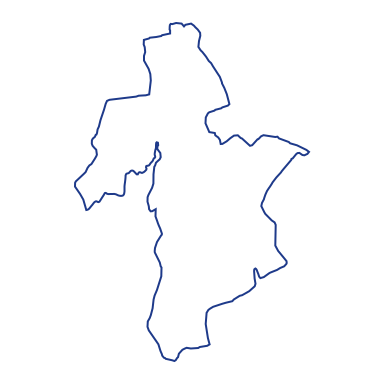 Barberena, Santa Rosa, Guatemala (Equal Earth projection)
{"feature_id": "79465075B64045433059615", "entity_name": "Barberena", "entity_type": "district", "adm_level": 2, "iso_a3": "GTM", "parent_name": "Guatemala", "parent_adm1": "Santa Rosa", "projection": "equal_earth", "projection_center": [-90.427, 14.303], "detail": "fine", "context": "isolated", "style": "outline", "palette": "blue", "viewbox_px": 384, "rotation_deg": 0, "n_neighbors": 0, "source": "geoboundaries", "source_scale": "gbopen_adm2", "svg_char_len": 4425}
<svg xmlns="http://www.w3.org/2000/svg" viewBox="0 0 384 384"><path d="M277.5,136.7L275.3,137.0L263.5,135.2L261.1,136.3L258.3,139.2L257.6,139.2L252.2,145.2L250.0,145.8L242.0,138.5L240.7,138.0L237.8,135.3L234.0,135.6L230.3,138.2L226.7,141.3L222.4,143.9L220.7,144.0L219.9,139.9L218.2,137.4L216.9,136.5L216.1,135.9L215.3,135.3L214.8,133.0L209.3,132.1L208.2,129.5L205.5,123.3L205.8,117.4L207.9,113.4L209.2,112.3L214.5,110.6L215.3,109.8L221.2,108.3L222.3,107.4L227.9,105.6L229.4,104.1L226.8,94.2L224.3,87.9L222.0,83.4L222.0,82.6L220.8,79.4L219.8,76.8L217.5,73.3L212.9,66.2L211.1,63.1L208.8,61.0L206.0,56.6L202.2,51.8L201.3,51.0L200.4,50.0L198.4,46.9L199.0,41.0L200.3,35.8L200.1,32.8L197.7,29.5L195.2,27.1L194.0,25.7L191.1,23.6L185.4,24.8L184.0,26.4L181.6,23.6L176.1,23.0L172.3,24.1L170.7,23.9L169.9,25.0L169.7,26.7L169.6,29.6L170.1,30.3L170.1,33.5L162.1,35.2L161.3,36.0L156.2,37.0L149.8,37.7L149.0,38.5L143.9,39.9L143.7,44.5L144.7,47.1L145.2,52.1L144.0,55.9L144.0,60.6L148.6,68.8L150.3,74.0L150.8,80.5L149.2,94.4L145.8,95.3L138.7,95.7L136.2,96.6L109.5,99.8L107.0,100.9L105.7,103.8L104.0,109.7L100.5,120.1L98.9,126.6L97.6,129.4L97.0,133.1L96.4,134.6L95.7,134.9L94.9,136.8L92.8,138.6L91.9,140.3L91.8,143.7L92.6,145.8L94.6,148.1L96.2,149.7L96.9,154.7L96.3,156.2L94.8,158.8L91.4,164.1L89.4,165.4L87.6,167.8L85.6,172.1L83.7,174.0L75.8,181.4L75.1,182.8L75.0,186.6L80.1,194.0L83.3,199.6L86.3,210.0L87.3,209.8L88.4,209.3L89.0,208.8L89.8,207.9L91.4,205.9L92.2,205.0L93.1,203.8L93.7,203.0L94.3,202.3L94.8,201.9L95.9,201.3L96.5,201.3L97.1,201.6L97.6,201.9L98.5,202.1L99.4,201.7L100.1,200.7L102.5,196.9L103.1,196.0L103.8,194.9L104.8,193.1L105.7,192.9L106.3,193.2L107.1,193.8L107.9,194.0L108.5,194.1L110.4,194.0L113.1,194.0L114.0,193.9L115.0,194.1L115.9,194.3L117.4,195.0L118.0,195.3L119.3,195.7L120.1,195.8L120.9,195.9L121.9,195.8L122.7,195.6L123.2,195.3L123.8,194.5L124.1,193.8L124.3,192.8L124.5,191.4L124.5,186.3L124.7,184.4L125.0,182.3L125.3,179.8L125.5,177.8L125.6,175.4L126.0,174.4L126.4,173.8L127.1,173.5L128.1,173.3L128.7,173.1L129.4,172.4L130.1,171.6L130.8,170.9L131.6,170.6L132.7,170.6L133.6,171.1L134.2,171.7L134.8,172.3L136.0,173.6L136.7,174.3L137.8,174.3L138.3,173.3L138.9,172.5L139.7,172.2L140.7,172.4L141.3,172.8L142.1,172.9L143.0,172.5L143.8,172.1L144.7,171.4L145.2,170.9L145.7,170.4L146.3,169.7L146.5,168.7L146.0,167.3L146.2,166.2L147.0,165.8L147.6,165.8L148.9,165.4L149.6,164.7L150.4,163.4L151.1,162.6L151.6,162.1L152.4,161.3L153.0,160.3L153.3,159.5L153.8,158.4L154.7,157.9L155.2,157.0L155.1,156.1L154.7,154.8L154.7,154.0L154.8,152.9L155.1,151.4L155.4,149.8L155.8,148.6L156.0,147.3L156.0,145.5L156.1,143.9L156.2,142.9L156.7,142.3L157.9,142.7L158.2,145.2L157.4,146.5L157.3,149.0L160.3,153.0L160.7,157.2L159.7,159.3L157.8,161.0L156.0,162.7L155.1,165.5L154.3,166.8L153.5,174.3L153.4,183.6L152.1,187.8L148.4,195.0L147.6,197.2L147.5,201.7L148.4,204.8L148.8,206.3L149.1,209.2L150.6,211.3L152.2,211.2L155.7,209.2L155.5,216.4L157.2,221.1L157.9,223.2L158.8,225.5L160.2,228.6L160.7,230.1L161.9,233.6L161.8,234.7L161.0,235.6L157.0,242.0L155.0,248.0L154.7,251.1L154.8,252.4L159.8,262.5L160.7,266.3L161.5,267.5L161.3,276.3L157.0,289.9L154.6,295.6L153.6,299.5L152.6,308.3L150.8,315.2L149.7,318.1L147.8,321.4L147.5,326.8L148.8,330.4L158.4,344.3L160.2,350.1L160.7,351.5L161.9,354.2L162.2,355.6L163.9,357.7L165.1,358.1L165.7,358.8L172.3,360.3L174.4,361.0L175.7,360.2L177.1,358.0L178.0,357.2L178.9,353.7L182.4,349.8L184.7,348.6L186.6,347.8L190.8,348.5L198.2,348.0L199.8,347.0L207.2,345.8L209.6,344.4L207.9,338.0L205.7,324.0L206.6,312.8L208.4,309.9L210.0,308.7L213.1,306.8L222.2,303.8L226.0,302.7L232.3,301.2L233.8,299.5L239.7,295.8L242.1,295.2L249.2,291.2L254.7,286.3L255.5,283.8L254.6,278.4L254.1,271.1L254.2,269.8L254.5,269.1L255.4,268.5L256.0,268.9L256.6,269.7L258.3,274.0L259.1,276.5L259.5,277.1L260.4,278.1L263.8,277.1L269.5,273.0L270.8,272.4L277.1,269.9L280.2,268.0L284.2,266.3L285.1,265.3L286.3,264.0L286.7,263.0L286.5,261.1L279.8,252.9L278.2,251.0L275.3,245.6L275.7,224.9L274.6,222.4L271.7,220.4L265.3,213.9L264.3,212.2L261.3,206.1L262.0,202.9L263.9,199.3L264.2,198.1L265.4,194.6L267.0,191.0L269.1,187.8L269.8,186.9L272.1,183.3L272.4,182.6L276.4,177.4L281.0,172.4L281.6,171.4L283.9,168.6L291.2,160.0L291.5,158.9L292.7,158.4L296.2,154.1L297.5,153.1L299.4,152.9L302.4,155.0L304.4,155.3L307.4,153.9L309.0,151.9L306.4,149.9L297.0,145.3L290.1,143.3L288.8,142.0L279.0,138.4L277.5,136.7Z" fill="none" stroke="#1e3a8a" stroke-width="2"/></svg>